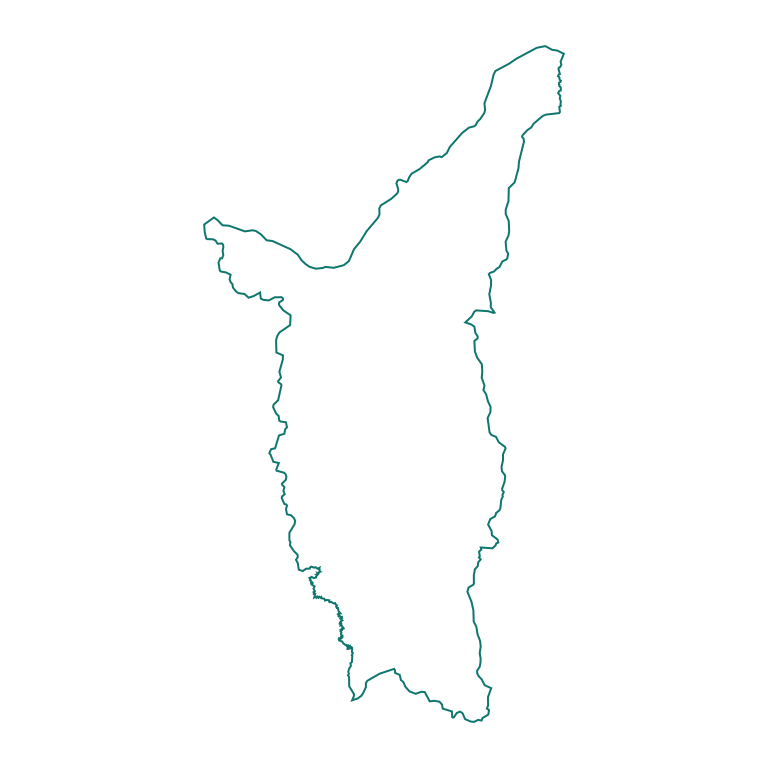 Pak Chom, Loei, Thailand
{"feature_id": "78962969B8993470391858", "entity_name": "Pak Chom", "entity_type": "district", "adm_level": 2, "iso_a3": "THA", "parent_name": "Thailand", "parent_adm1": "Loei", "projection": "orthographic", "projection_center": [101.94, 17.928], "detail": "fine", "context": "isolated", "style": "outline", "palette": "teal", "viewbox_px": 768, "rotation_deg": 0, "n_neighbors": 0, "source": "geoboundaries", "source_scale": "gbopen_adm2", "svg_char_len": 6095}
<svg xmlns="http://www.w3.org/2000/svg" viewBox="0 0 768 768"><path d="M338.4,610.9L340.4,613.3L338.8,613.3L338.0,614.1L339.0,614.8L338.4,616.0L339.0,616.6L340.1,616.2L341.1,617.2L341.9,616.9L342.1,617.8L340.9,617.8L340.3,618.6L342.3,620.4L340.7,621.4L341.1,622.9L339.8,622.8L339.7,623.8L341.0,624.3L340.5,625.5L341.6,625.3L342.7,627.3L342.3,627.9L343.2,627.7L343.7,628.5L340.7,630.0L341.6,630.6L340.6,631.5L341.4,632.7L340.9,634.0L341.8,635.2L341.4,635.9L342.5,635.9L342.5,637.1L341.6,638.1L341.1,637.4L340.3,638.4L339.5,638.2L339.8,639.1L338.8,639.2L339.1,640.4L342.3,641.6L343.2,643.2L344.9,644.7L346.2,644.8L346.7,645.9L348.1,645.2L348.6,646.0L349.9,645.8L349.9,646.7L347.7,646.8L347.5,649.0L350.1,648.5L351.6,647.2L352.2,648.0L351.9,652.0L352.8,652.9L351.8,655.2L352.3,655.5L351.9,662.1L350.4,663.4L350.9,665.9L349.0,668.9L348.3,671.8L348.9,673.8L348.0,675.4L349.1,676.9L349.2,686.2L354.0,694.2L353.8,696.4L352.1,700.3L357.5,698.6L361.1,696.0L362.9,693.6L365.9,687.1L365.9,683.1L367.3,680.8L379.6,673.7L394.1,668.9L395.0,670.3L395.1,672.9L399.7,674.9L400.9,680.0L403.4,682.1L405.4,686.8L409.5,691.4L415.6,693.8L421.3,691.8L424.8,692.1L429.7,701.3L434.4,700.8L439.5,701.7L442.0,704.6L442.7,708.6L451.9,711.4L452.2,717.0L452.8,717.6L453.9,717.3L456.7,713.0L460.0,711.6L462.5,713.2L465.1,719.1L470.5,721.5L474.1,721.9L478.0,719.9L481.6,720.5L482.5,718.0L488.3,714.6L489.0,710.0L486.9,708.5L488.1,705.5L488.0,697.1L491.2,688.2L484.7,685.2L481.7,679.4L478.6,676.1L477.2,673.3L477.2,670.5L479.6,667.0L480.4,663.3L480.6,658.6L479.7,653.1L480.7,646.4L480.0,640.6L477.5,634.2L476.3,626.5L473.7,621.6L473.4,610.3L471.5,601.8L467.4,591.7L468.6,587.5L472.9,585.0L473.9,583.7L473.8,575.5L474.9,569.3L477.7,566.2L478.3,562.2L480.7,559.4L478.9,557.4L479.8,556.4L479.1,551.6L481.3,549.6L480.8,547.5L492.4,548.3L495.5,545.5L496.3,543.3L498.3,542.6L497.6,539.5L491.9,535.2L491.6,531.0L488.1,524.6L490.3,519.0L495.1,516.3L496.2,512.9L499.5,510.2L500.4,508.0L501.3,499.6L502.8,496.6L502.4,495.0L503.8,492.1L502.2,490.1L502.2,488.5L504.5,482.0L505.2,476.8L504.8,475.0L502.0,471.3L501.5,467.2L503.0,460.2L503.0,454.4L505.6,448.4L504.9,446.8L498.8,442.3L496.0,436.9L491.3,434.9L489.6,432.4L487.6,418.1L490.4,412.2L490.6,407.0L487.9,401.2L486.1,394.2L483.4,390.1L484.5,385.7L481.7,377.7L482.3,371.9L481.8,364.2L477.2,357.7L474.9,351.5L474.4,340.9L477.5,338.5L477.7,336.3L475.4,333.0L474.3,326.6L471.1,324.4L465.3,322.4L471.9,316.2L474.2,311.8L476.1,310.4L488.3,311.2L493.3,312.9L494.5,312.6L490.7,307.1L490.9,302.9L489.3,294.3L491.0,285.5L491.1,279.9L488.8,274.2L490.0,272.9L494.0,271.5L496.6,268.8L499.4,267.1L502.4,261.4L506.4,259.5L507.3,258.5L508.1,253.5L506.4,250.7L505.6,241.7L508.5,235.5L509.2,230.9L508.7,220.9L505.7,214.0L505.7,209.7L508.5,200.9L508.8,188.1L514.6,182.4L518.5,168.1L519.0,161.5L524.0,141.5L523.6,138.7L522.1,136.9L522.5,135.3L527.4,130.1L531.3,127.4L533.7,123.6L542.9,115.8L546.1,114.6L559.2,113.1L559.9,112.0L559.3,106.7L560.9,105.8L560.4,104.4L560.9,101.8L559.8,98.3L560.3,95.8L558.1,93.1L559.1,91.2L560.7,90.5L560.8,87.5L559.3,86.1L559.5,85.1L558.9,84.2L559.1,82.6L560.4,82.1L560.9,80.8L559.6,79.7L559.3,77.2L558.0,76.2L558.7,74.5L559.9,74.1L558.5,69.1L558.8,67.7L559.9,67.3L561.4,64.8L560.6,61.6L563.8,53.9L557.5,50.6L552.1,49.8L545.3,46.1L536.8,47.8L516.7,58.5L509.1,63.7L495.4,71.0L493.6,74.6L490.9,86.1L484.4,103.3L485.1,109.9L484.3,113.0L480.3,118.9L477.4,121.8L475.8,125.0L474.2,126.3L469.0,127.6L462.2,132.9L449.8,147.0L446.9,152.9L442.3,156.7L441.2,157.1L439.6,156.4L434.5,157.4L428.5,160.4L427.7,162.2L419.8,168.9L411.6,173.7L409.3,177.0L407.6,181.2L406.4,182.0L400.5,179.8L398.9,179.8L397.6,180.6L396.4,183.3L398.2,189.2L398.1,191.6L397.1,193.5L391.3,198.8L380.8,205.4L379.3,208.4L379.5,214.4L378.0,217.8L366.7,231.1L360.3,241.5L354.0,249.2L348.9,261.1L343.8,265.2L333.8,267.8L325.5,266.9L322.7,268.0L315.8,268.7L309.5,266.8L305.4,263.9L301.4,260.1L297.9,254.8L290.5,249.2L272.4,241.0L266.7,240.3L260.6,234.1L255.7,230.9L252.4,230.3L244.9,231.4L228.9,225.7L222.5,225.3L217.7,220.2L213.9,217.5L204.2,224.5L204.7,232.1L206.2,238.5L207.2,239.1L212.9,239.3L215.6,240.6L217.5,243.7L222.1,243.5L223.0,244.7L223.4,246.7L222.6,250.8L223.3,255.1L222.1,258.3L220.3,258.3L218.5,262.6L219.8,270.6L221.1,271.6L225.9,272.4L230.6,274.7L229.6,279.4L230.5,281.9L232.5,284.3L232.9,287.5L235.9,291.3L238.2,293.1L244.6,294.0L248.6,297.7L253.6,296.1L260.1,292.5L260.8,298.6L263.5,299.9L268.9,300.4L274.7,297.3L281.5,297.2L282.7,298.1L283.1,299.3L282.7,300.2L279.3,302.3L278.9,303.7L279.3,305.4L283.4,310.4L290.6,315.3L290.1,325.1L279.4,332.5L277.3,336.0L276.1,340.0L276.4,352.5L282.9,355.3L282.8,359.6L279.4,371.7L281.0,377.5L278.0,381.3L278.5,382.4L281.2,384.3L281.4,385.5L278.1,400.3L273.6,404.6L273.1,407.1L276.1,413.5L278.6,415.9L279.3,420.6L280.7,421.5L285.9,422.3L287.0,427.3L285.3,429.1L284.3,433.8L279.0,435.4L275.1,448.3L271.1,449.2L269.3,453.2L270.5,454.6L273.4,461.8L278.8,463.0L276.3,469.5L276.6,470.7L284.1,472.7L285.6,474.2L286.4,476.7L285.9,479.7L281.9,483.7L282.2,484.9L284.4,487.1L283.4,490.9L284.7,494.2L282.0,496.5L281.7,498.0L284.4,504.0L286.3,504.5L287.0,505.6L286.0,509.1L287.0,514.3L291.1,515.3L293.9,518.1L295.1,520.6L294.6,524.2L289.4,532.7L289.4,540.2L290.4,542.2L289.9,545.2L293.8,551.0L297.5,554.7L297.8,557.1L296.0,559.8L297.8,563.2L298.8,569.7L302.7,571.1L306.1,568.7L309.7,568.7L310.1,567.4L311.4,566.7L314.4,567.7L315.5,567.2L317.5,568.7L319.4,567.8L318.9,569.1L319.7,569.5L319.4,570.9L320.3,571.6L319.5,571.8L318.7,573.2L317.4,572.8L317.9,573.9L316.8,574.3L317.7,574.6L316.0,576.5L316.1,577.4L313.8,578.1L311.7,576.9L309.4,578.0L310.5,579.2L309.9,580.1L311.1,581.1L311.1,582.9L312.0,582.2L312.7,583.0L312.0,584.8L314.6,586.4L313.5,588.7L314.9,591.2L313.6,592.1L314.2,592.7L313.9,593.4L314.7,593.6L314.1,594.2L315.0,594.8L314.3,597.4L315.2,596.9L316.4,597.8L317.2,596.5L318.5,597.8L319.3,596.7L320.7,597.8L321.3,597.1L321.8,598.3L324.3,598.8L325.1,600.6L326.7,599.9L329.3,600.3L329.1,601.7L329.9,602.3L331.1,601.8L333.5,603.4L335.2,603.1L335.6,604.4L337.0,605.4L336.2,606.4L336.8,608.0L338.0,608.0L338.4,610.9Z" fill="none" stroke="#0f766e" stroke-width="2"/></svg>